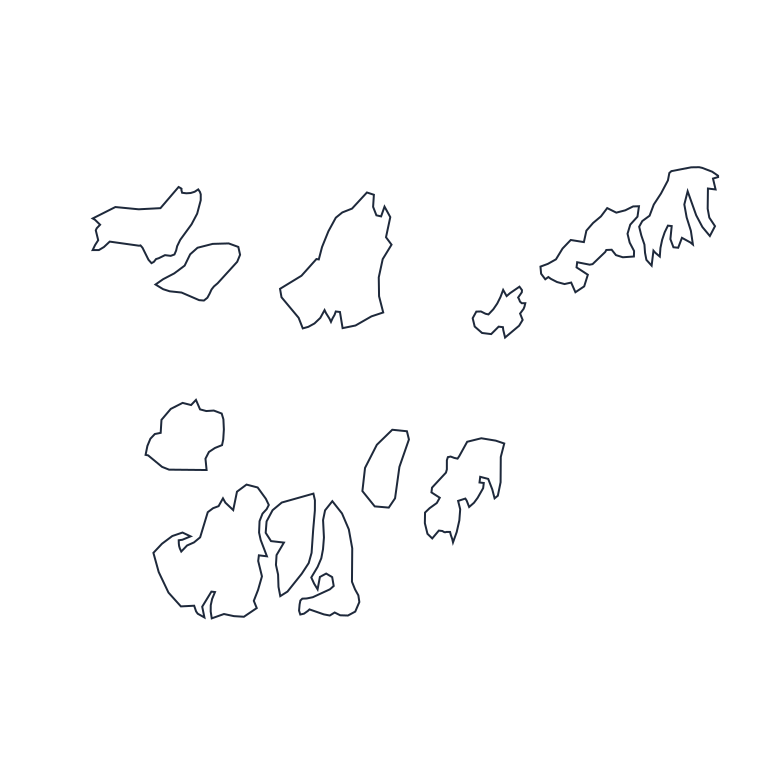 outline of Bolama, rotated 7°
{"feature_id": "GNB-770", "entity_name": "Bolama", "entity_type": "Region", "adm_level": 1, "iso_a3": "GNB", "parent_name": "Guinea-Bissau", "parent_adm1": "", "projection": "equal_earth", "projection_center": [-15.897, 11.361], "detail": "fine", "context": "isolated", "style": "outline", "palette": "slate", "viewbox_px": 768, "rotation_deg": 7, "n_neighbors": 0, "source": "natural_earth", "source_scale": "10m", "svg_char_len": 5275}
<svg xmlns="http://www.w3.org/2000/svg" viewBox="0 0 768 768"><g transform="rotate(7 384 384)"><path d="M288.8,569.3L280.7,569.3L280.7,575.0L286.3,589.8L284.1,603.7L281.2,615.1L285.0,621.9L273.3,632.1L263.3,632.7L253.2,631.8L241.6,637.6L239.7,630.9L239.0,624.7L239.6,618.3L241.6,611.1L238.0,611.1L230.7,627.2L234.2,637.6L227.1,634.7L225.2,632.6L222.6,627.2L209.5,629.5L195.5,617.3L183.3,598.1L175.7,579.7L183.1,569.6L192.4,560.7L202.1,556.0L210.6,558.8L202.8,563.2L199.3,564.1L199.8,567.4L200.4,569.8L201.4,572.1L203.2,575.0L208.2,568.3L214.7,564.4L220.2,558.6L224.7,532.7L229.5,528.1L234.7,525.4L238.1,517.1L241.0,521.1L249.7,527.5L251.2,508.8L259.8,500.6L271.2,502.1L280.7,512.3L284.4,518.1L282.8,522.5L279.2,527.5L277.2,535.3L278.1,546.7L280.6,553.8L288.8,569.3ZM304.1,268.3L305.8,255.6L310.2,239.2L315.9,224.8L321.7,218.8L330.9,213.8L343.7,196.0L350.9,197.4L351.6,209.5L355.9,217.5L360.7,218.0L362.9,207.9L369.9,217.6L368.1,238.1L374.5,244.8L367.5,260.2L365.8,278.8L368.4,297.5L374.5,313.1L363.3,318.4L348.6,329.4L336.1,333.6L331.5,317.9L327.3,317.9L326.5,321.4L324.9,325.2L323.8,328.8L322.0,325.9L317.8,320.7L316.0,317.9L312.7,326.2L307.6,332.4L301.9,336.5L296.6,338.7L291.2,328.7L271.7,310.4L269.2,302.2L288.9,286.6L301.7,268.2L304.1,268.3ZM160.2,281.0L156.7,282.8L150.9,282.8L145.1,286.6L142.5,287.8L140.7,290.8L138.5,292.4L135.1,289.4L127.7,278.2L125.4,276.1L124.1,276.6L94.4,276.1L89.3,282.2L84.7,285.8L78.5,286.6L80.3,281.3L82.8,276.1L79.2,266.6L79.9,264.4L82.8,260.5L77.1,256.2L74.7,255.2L95.8,241.1L119.2,240.5L140.7,236.7L156.1,213.5L158.8,214.6L159.3,215.0L159.2,216.0L160.3,218.8L164.6,218.8L168.8,218.0L172.6,216.3L175.9,213.5L177.9,215.8L179.0,218.1L179.7,223.9L177.8,237.7L173.5,249.0L164.2,265.7L161.9,272.4L161.4,276.9L160.2,281.0ZM510.6,428.4L508.8,442.2L511.7,467.3L510.6,481.0L507.7,484.0L504.3,475.4L499.0,465.5L490.8,464.4L490.8,470.1L495.1,470.1L495.1,475.3L490.8,485.6L487.8,490.9L483.5,495.7L480.3,489.7L478.7,487.8L471.8,491.0L474.9,499.1L475.4,510.2L474.2,522.1L471.8,532.8L470.6,529.5L468.8,525.9L467.6,522.8L464.1,523.2L462.8,523.7L461.9,523.7L459.8,522.8L456.3,522.8L450.7,531.4L445.4,527.4L441.5,517.1L440.4,506.6L444.4,501.7L450.9,495.7L453.2,490.1L444.3,485.8L444.3,481.0L456.3,464.4L456.8,461.1L455.7,452.0L456.3,448.8L459.0,447.9L462.8,448.8L466.1,449.1L467.5,446.4L473.6,431.2L487.2,426.0L501.8,426.6L510.6,428.4ZM690.4,137.9L685.5,140.0L689.4,150.5L681.7,150.5L683.9,170.6L686.6,179.2L693.3,187.0L689.4,197.4L680.9,189.4L673.3,178.5L661.9,155.7L660.2,169.2L664.1,181.8L669.9,194.5L673.6,207.9L670.9,206.2L661.9,202.6L659.4,212.9L654.6,213.0L650.6,205.3L650.3,192.2L646.5,192.2L644.1,199.2L642.5,207.0L641.8,215.3L642.2,223.9L637.2,220.6L635.2,218.8L635.2,233.9L629.3,228.8L627.1,222.0L625.5,213.9L621.3,205.2L618.1,196.8L620.5,190.8L627.1,184.6L629.9,173.0L635.7,161.2L641.0,147.3L641.5,139.8L641.6,139.7L643.3,137.7L662.5,131.5L670.4,130.4L673.5,130.7L683.9,133.3L690.2,136.6L690.4,137.9ZM218.4,491.0L181.1,495.2L173.8,493.3L158.6,483.6L156.0,483.4L156.7,474.3L158.8,466.8L162.6,461.6L168.3,459.7L167.5,446.7L175.4,434.7L186.4,427.3L195.1,428.4L199.3,422.7L204.5,431.6L210.9,432.5L218.3,431.1L226.5,433.1L228.9,438.6L230.6,448.6L231.2,458.6L230.7,464.4L224.0,468.1L218.5,472.8L215.9,479.9L218.4,491.0ZM347.0,506.6L358.1,517.6L366.8,532.6L372.5,551.0L376.3,584.2L380.3,591.4L384.3,596.9L386.1,603.4L383.2,613.4L376.4,618.2L368.7,618.9L362.9,616.8L358.4,620.4L352.4,620.0L337.5,616.8L336.1,618.5L332.6,621.7L329.0,623.0L327.3,619.3L327.1,613.1L327.4,609.1L329.1,607.0L333.4,606.3L339.3,604.3L355.3,594.4L358.7,590.6L356.1,582.0L349.7,579.2L343.9,583.3L343.1,595.9L339.0,590.7L335.4,584.9L340.4,573.6L343.0,564.6L343.6,555.4L343.1,543.7L340.1,526.5L340.9,516.6L347.0,506.6ZM615.4,176.5L615.2,187.0L609.0,195.8L607.4,205.2L610.6,213.7L616.0,221.5L616.5,227.0L605.6,229.1L598.5,227.8L593.6,223.0L588.3,223.9L587.5,226.0L576.4,239.6L573.6,240.5L560.9,239.6L560.9,244.8L573.0,250.7L570.8,262.7L562.8,269.6L557.4,260.5L551.0,262.8L543.3,261.7L536.8,259.3L534.1,257.8L531.3,260.4L526.5,255.4L525.0,248.4L532.0,244.8L539.5,239.3L544.7,227.8L551.8,218.3L565.1,218.8L566.2,207.1L571.9,198.7L578.9,191.2L584.1,182.2L593.7,185.6L602.3,182.2L609.6,177.4L615.4,176.5ZM331.5,538.0L332.7,560.4L331.1,570.9L325.5,582.3L313.5,601.8L306.9,607.2L304.0,598.2L302.1,586.1L298.8,576.7L298.2,566.9L304.0,553.6L291.0,553.7L284.7,546.1L284.2,534.7L288.8,522.8L297.0,514.1L327.3,501.4L329.6,507.8L330.8,518.0L331.5,538.0ZM171.9,317.9L160.0,318.1L153.2,316.8L145.1,313.1L152.0,306.9L162.3,299.8L171.7,290.8L175.8,278.9L182.3,271.5L196.9,265.8L212.7,263.4L222.7,265.7L225.4,273.3L223.4,280.6L206.6,304.3L203.3,307.9L201.3,311.2L199.9,315.6L198.2,319.9L195.1,323.1L190.3,323.3L171.9,317.9ZM397.8,428.4L412.5,428.1L415.5,436.0L409.4,464.4L408.9,496.1L403.8,506.1L389.7,506.6L375.6,492.9L375.4,469.6L384.3,445.2L397.8,428.4ZM506.6,281.8L507.8,283.5L508.9,285.6L510.8,287.0L514.4,286.6L514.0,290.1L513.4,292.4L510.5,297.5L513.8,303.5L511.0,309.7L498.5,323.1L495.8,315.9L495.1,313.1L490.8,313.1L484.3,321.4L475.1,321.4L467.0,315.9L464.0,307.9L466.8,300.9L471.4,300.2L476.2,301.9L479.2,302.2L483.4,296.5L486.6,290.3L489.0,283.5L490.8,276.1L495.0,281.8L498.0,278.5L506.6,270.9L509.5,274.0L509.6,276.2L506.6,281.8Z" fill="none" stroke="#1e293b" stroke-width="2"/></g></svg>